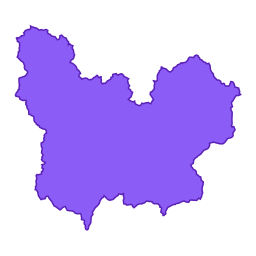 Antabamba, Apurímac, Peru (Albers equal-area conic projection)
{"feature_id": "86281439B67377486852449", "entity_name": "Antabamba", "entity_type": "district", "adm_level": 2, "iso_a3": "PER", "parent_name": "Peru", "parent_adm1": "Apurímac", "projection": "albers", "projection_center": [-72.759, -14.434], "detail": "fine", "context": "isolated", "style": "filled", "palette": "violet", "viewbox_px": 256, "rotation_deg": 0, "n_neighbors": 0, "source": "geoboundaries", "source_scale": "gbopen_adm2", "svg_char_len": 5655}
<svg xmlns="http://www.w3.org/2000/svg" viewBox="0 0 256 256"><path d="M34.3,27.7L33.5,27.1L32.3,27.1L30.6,26.1L30.8,27.4L30.4,28.8L29.8,29.4L29.3,29.7L28.2,29.4L25.2,30.7L24.6,31.5L24.6,32.0L23.6,32.9L24.4,34.0L24.2,35.0L23.1,35.6L21.3,35.7L20.7,37.0L19.1,37.4L18.5,38.2L17.0,37.7L16.4,38.2L17.4,40.2L17.3,41.3L19.0,42.3L19.6,43.3L19.5,47.2L19.1,48.1L19.6,50.8L18.3,51.9L18.4,52.9L17.8,56.2L17.2,57.0L21.3,61.1L23.2,62.3L24.6,65.7L24.3,67.4L25.0,69.5L27.2,71.1L27.7,72.1L26.5,74.7L24.6,76.3L19.2,78.1L18.9,79.0L19.2,84.2L19.8,84.8L19.1,86.1L19.2,89.2L18.4,89.4L17.7,91.3L16.5,92.5L15.4,95.3L15.9,96.2L18.9,96.8L19.6,97.8L20.0,99.3L23.0,100.5L26.0,100.3L26.4,101.9L25.7,102.5L26.1,103.7L25.8,104.4L26.8,105.8L27.2,108.3L28.6,110.3L28.9,114.4L30.5,114.6L31.4,115.6L32.7,115.9L33.5,116.7L33.9,117.3L34.0,120.4L34.6,121.8L36.2,123.2L36.4,124.4L37.4,124.7L37.9,125.5L39.0,125.5L39.7,127.3L42.8,128.9L44.7,129.1L46.3,130.4L46.2,132.1L46.5,132.9L44.9,134.2L44.1,135.5L44.5,136.8L44.1,137.4L43.7,138.8L44.3,140.1L42.7,142.5L41.4,142.7L41.1,143.7L41.4,146.8L42.3,148.0L41.5,152.8L43.1,154.9L41.9,157.1L42.1,158.7L41.5,159.3L42.0,160.4L43.2,161.6L45.2,162.3L44.9,163.3L44.1,164.1L41.8,164.7L42.4,165.8L41.9,168.0L43.4,168.8L42.8,170.1L42.8,171.1L41.5,171.6L41.4,174.0L38.3,174.8L36.9,174.5L36.1,175.7L36.8,178.4L36.0,181.1L36.4,184.8L36.2,185.7L35.5,186.5L35.6,188.6L35.2,189.6L36.0,189.7L37.6,191.7L38.5,195.9L40.9,199.5L41.5,199.6L42.5,199.0L45.0,198.8L46.1,196.6L47.0,196.2L48.2,196.2L48.9,198.1L51.8,201.6L54.0,205.8L56.0,206.9L59.9,209.8L60.5,209.8L62.6,207.6L64.3,206.7L65.3,206.6L66.9,209.9L67.6,210.5L71.4,210.9L73.6,211.4L75.1,213.1L77.2,213.8L80.4,213.6L81.1,214.6L81.7,218.5L81.4,219.3L81.9,219.7L83.7,220.0L84.4,220.7L84.6,221.5L84.1,222.8L84.2,223.9L85.3,225.0L85.3,227.5L85.8,229.2L87.0,229.9L88.2,229.1L89.0,225.3L89.6,224.9L90.8,222.7L91.1,217.6L91.6,216.0L92.9,214.6L92.4,211.7L93.1,211.2L95.5,207.3L96.5,206.8L99.2,203.6L100.0,200.9L101.0,199.3L101.6,198.4L103.5,197.1L104.1,195.7L107.2,198.9L108.8,200.0L109.9,200.2L112.6,199.6L113.6,199.0L116.2,196.5L118.0,195.5L118.7,193.9L121.9,194.5L123.5,193.7L123.4,196.1L124.2,197.9L123.3,200.2L123.8,203.9L125.2,204.0L126.9,205.1L130.7,204.5L131.9,204.7L132.4,205.3L132.5,206.3L134.0,207.7L137.7,204.5L140.2,203.7L142.1,203.9L143.1,203.0L144.1,203.1L146.2,201.3L147.9,201.0L149.4,201.6L150.9,201.4L152.1,202.0L152.4,202.6L154.1,203.7L158.1,203.8L158.7,204.7L159.7,205.4L159.9,207.2L160.9,207.3L161.6,208.1L160.8,212.1L163.1,214.0L162.9,215.2L163.1,215.5L163.8,215.5L165.9,213.7L165.4,212.3L165.6,211.3L167.8,207.4L173.3,204.5L175.2,204.5L176.2,203.5L178.5,203.3L181.6,201.7L184.0,201.0L185.8,201.9L188.3,202.3L189.2,201.7L189.7,200.5L190.4,200.0L196.5,200.4L197.2,200.0L198.6,198.2L200.3,199.2L201.7,196.3L202.0,194.0L202.6,193.3L202.6,192.2L202.1,190.3L202.1,187.8L203.1,184.4L203.3,181.9L201.3,180.4L200.7,176.9L199.3,176.6L198.4,175.4L196.5,174.4L196.3,171.8L195.3,170.3L193.5,169.4L191.5,166.6L190.8,165.0L193.3,163.3L193.7,160.0L195.4,157.9L196.9,157.2L197.3,156.4L200.7,154.2L203.9,150.2L206.8,149.2L208.5,147.9L209.7,145.3L209.4,143.5L209.7,143.1L213.7,142.2L219.4,143.7L222.2,143.9L223.5,143.5L225.3,141.8L227.5,138.6L231.5,137.5L232.9,136.2L233.1,135.3L232.9,133.0L234.9,130.1L235.0,129.5L233.8,126.6L232.9,126.5L232.2,127.1L231.3,126.2L232.1,123.8L231.9,119.6L232.2,113.0L231.9,111.5L231.1,110.4L230.8,107.8L232.5,106.8L231.5,103.4L231.6,102.2L232.6,101.2L234.7,97.6L236.4,95.4L238.3,95.6L240.6,94.6L239.2,93.2L239.7,92.0L239.4,90.3L238.8,89.2L238.8,88.2L236.9,87.5L235.0,87.2L234.1,83.9L233.0,82.2L231.9,81.6L230.7,81.6L230.2,83.6L229.0,86.1L225.4,85.9L224.8,85.2L224.2,83.5L223.6,83.3L222.1,83.9L221.2,83.3L220.6,81.2L219.2,80.2L216.9,79.9L215.6,78.4L214.9,78.1L214.5,77.0L213.7,76.4L213.3,73.9L211.5,71.9L210.2,69.1L210.4,67.8L209.8,66.0L210.1,65.3L209.3,64.5L208.9,63.3L206.5,63.8L205.4,62.3L203.6,62.0L201.8,60.0L200.0,59.3L199.5,57.8L198.6,57.0L197.9,55.5L196.2,55.1L194.5,56.0L193.6,57.6L191.5,57.2L189.5,57.2L188.3,58.6L188.3,59.2L186.7,61.4L185.3,62.4L182.7,62.8L182.4,63.3L181.0,62.8L179.4,64.3L177.8,64.7L176.2,66.5L173.5,67.8L173.1,68.4L173.2,69.4L170.6,72.0L168.7,71.5L165.9,68.8L164.0,68.4L163.4,68.0L162.6,68.3L161.9,67.0L161.3,67.0L161.0,69.6L159.4,70.8L159.2,72.1L158.1,73.5L157.3,75.5L157.3,80.4L156.2,81.3L153.6,80.8L154.9,83.2L154.1,85.8L154.4,88.5L152.4,91.2L150.4,92.3L150.2,94.6L153.3,99.1L153.3,100.0L152.6,100.3L150.9,103.6L150.5,103.8L148.3,102.5L145.9,102.8L143.4,103.7L142.0,103.1L140.5,105.5L138.7,105.5L135.5,104.0L134.8,102.4L134.6,101.1L133.3,101.9L132.7,101.8L130.5,100.9L128.3,99.4L131.0,96.9L132.6,92.3L130.8,91.1L130.5,89.8L128.5,88.6L128.5,87.5L129.6,85.8L128.1,83.6L128.1,82.4L127.6,81.1L127.8,79.7L128.7,78.8L125.6,77.1L124.2,76.9L123.5,75.2L122.6,74.7L122.4,74.1L120.8,73.8L119.1,74.4L118.2,75.2L116.8,74.5L116.3,73.6L113.3,74.2L112.7,74.6L112.8,76.7L111.0,77.3L111.0,78.4L110.5,79.3L107.5,80.9L105.3,83.4L103.7,83.2L102.4,83.8L100.9,81.9L101.5,80.3L101.0,78.7L101.2,76.9L100.5,76.7L99.8,77.4L98.5,77.5L97.6,75.7L97.0,75.3L95.6,76.5L95.0,77.3L93.7,77.5L93.2,78.3L91.4,79.7L90.5,79.4L89.5,79.9L87.8,79.1L87.0,78.3L86.0,78.1L83.5,78.4L81.7,79.2L80.8,77.8L78.9,76.5L79.1,74.8L80.6,73.4L78.8,70.5L76.8,68.9L76.6,67.6L75.7,66.1L74.2,64.6L72.4,63.3L70.0,62.5L70.6,61.5L70.9,60.4L73.3,58.8L74.6,54.9L74.0,53.8L73.3,49.9L72.0,47.8L72.9,46.2L72.9,45.7L71.1,45.2L69.7,43.8L68.3,44.8L68.6,41.8L67.1,40.5L66.3,38.3L63.6,37.2L61.7,35.1L60.0,35.7L59.6,38.8L57.4,39.8L55.0,36.7L51.6,36.1L50.2,34.3L49.0,34.2L47.9,33.3L47.4,31.9L47.8,30.5L46.3,29.5L43.2,30.3L41.4,29.6L38.9,30.2L38.0,29.1L36.0,27.9L34.3,27.7Z" fill="#8b5cf6" stroke="#5b21b6" stroke-width="1.5"/></svg>